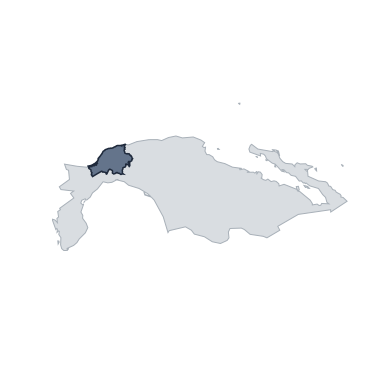 where Oaxaca sits in Mexico, rotated 146°
{"feature_id": "MEX-2723", "entity_name": "Oaxaca", "entity_type": "State", "adm_level": 1, "iso_a3": "MEX", "parent_name": "Mexico", "parent_adm1": "", "projection": "orthographic", "projection_center": [-96.38, 17.163], "detail": "fine", "context": "in_parent", "style": "filled", "palette": "slate", "viewbox_px": 384, "rotation_deg": 146, "n_neighbors": 0, "source": "natural_earth", "source_scale": "10m", "svg_char_len": 8743}
<svg xmlns="http://www.w3.org/2000/svg" viewBox="0 0 384 384"><g transform="rotate(146 192 192)"><path d="M68.6,97.6L88.2,97.8L87.0,99.8L116.4,114.0L140.1,115.6L140.6,111.2L155.5,112.1L157.7,115.4L167.5,124.4L169.6,131.7L171.3,134.5L180.9,140.5L184.2,138.5L187.0,133.3L190.0,132.2L197.2,133.4L203.0,139.4L206.7,147.9L213.6,155.8L213.9,160.7L216.9,166.8L232.5,172.7L234.6,171.8L229.7,187.5L227.9,206.4L228.6,210.5L232.8,215.9L231.9,218.9L232.1,215.9L228.7,211.3L229.7,215.5L233.9,224.5L240.8,233.1L242.4,238.4L247.3,243.8L246.0,243.7L248.8,245.0L247.9,244.2L253.0,244.8L256.7,246.7L260.0,250.2L268.7,247.4L275.0,246.9L279.2,244.7L283.7,244.2L284.6,245.0L284.3,246.1L288.0,246.8L290.4,245.0L289.7,242.2L288.5,242.9L288.8,242.4L295.3,237.5L295.6,233.7L297.4,231.4L297.2,225.3L298.3,220.7L303.2,217.8L311.9,216.1L315.7,214.4L320.0,213.9L327.1,215.1L327.6,214.1L325.7,214.1L328.1,213.3L331.0,215.2L331.7,217.9L330.5,221.6L326.2,227.5L326.2,231.2L324.0,233.6L324.4,234.4L326.5,234.0L324.4,236.4L324.5,237.4L325.9,237.0L323.5,246.5L322.8,247.4L321.2,245.3L320.7,241.8L318.8,245.6L316.6,245.9L314.2,250.9L311.0,250.9L310.8,252.5L293.3,253.1L293.5,258.8L289.5,258.9L299.3,267.3L299.1,270.5L286.6,270.9L282.2,279.0L283.5,281.0L282.1,286.4L272.8,277.5L265.5,271.5L261.0,269.2L260.5,269.8L264.7,271.8L258.2,270.0L258.7,268.6L257.0,269.2L255.9,267.9L254.7,269.3L256.9,270.0L253.6,270.3L250.5,272.4L240.3,275.7L233.7,273.1L228.2,272.4L224.5,270.0L220.8,269.0L218.5,266.6L209.5,264.6L198.5,259.5L191.4,254.8L188.4,251.6L181.0,250.3L174.0,247.4L169.7,242.2L160.2,236.9L155.5,230.0L153.9,225.8L157.9,224.0L157.3,222.2L155.7,221.6L158.4,218.6L158.9,214.8L156.9,213.4L155.1,209.6L155.3,206.2L154.2,203.1L148.9,197.2L144.6,190.0L137.5,183.7L139.6,184.9L139.8,183.6L136.0,182.1L133.4,177.3L135.5,177.6L130.0,174.1L129.3,172.5L127.1,172.9L126.8,172.2L128.6,170.5L125.7,171.7L124.2,170.2L124.1,167.2L126.4,164.6L127.1,165.2L125.9,162.3L124.3,160.4L121.9,160.3L120.6,156.4L117.8,155.4L116.3,153.7L115.4,150.3L116.4,148.3L111.4,146.9L103.8,135.8L103.7,133.3L102.5,132.4L98.6,119.2L98.7,115.2L99.5,114.0L95.0,112.0L94.2,109.8L92.7,109.0L90.9,110.0L85.1,105.6L85.9,108.1L84.3,112.8L85.1,116.8L85.2,124.2L90.9,131.2L92.4,135.7L93.4,135.6L93.7,137.0L94.7,137.2L95.2,140.1L97.0,141.1L97.4,147.1L100.5,150.4L101.2,153.9L102.7,155.1L103.4,159.1L104.7,160.2L104.3,157.2L106.0,159.1L107.4,168.4L109.4,171.2L111.7,178.0L111.0,180.7L111.4,183.2L113.8,185.8L115.0,183.5L121.7,192.7L120.8,195.8L117.6,198.0L115.9,198.2L113.4,190.8L102.6,180.4L101.5,180.4L99.4,177.3L99.2,175.2L100.3,170.8L99.8,166.5L98.4,163.4L93.3,159.2L92.6,155.5L91.4,157.0L88.5,157.4L86.7,154.8L81.9,151.8L81.4,149.6L78.0,146.2L77.8,145.2L81.6,146.1L84.1,145.5L83.9,146.4L85.7,147.6L85.3,145.1L84.4,144.9L87.0,140.2L80.9,130.4L75.5,125.8L74.7,123.7L75.2,120.4L73.9,119.1L74.0,115.3L72.4,113.4L72.5,111.2L70.5,107.4L70.4,105.7L71.4,104.6L69.8,103.0L68.6,97.6ZM103.5,135.9L102.5,138.2L100.6,137.2L101.9,133.8L103.1,133.5L103.5,135.9ZM95.5,134.8L93.0,132.0L92.6,129.3L93.9,130.3L94.0,131.8L95.4,132.3L95.5,134.8ZM330.6,226.5L329.8,225.8L330.2,224.7L332.1,223.7L330.6,226.5ZM99.2,180.2L97.4,177.6L99.2,172.8L98.4,177.2L99.2,180.2ZM77.0,142.8L75.5,142.3L76.9,139.8L77.3,141.8L77.0,142.8ZM52.9,131.4L51.9,129.6L52.3,128.9L52.7,129.0L52.9,131.4ZM101.0,180.4L102.1,182.5L99.6,180.4L101.0,180.4ZM146.9,213.0L146.6,213.8L145.9,213.5L145.7,212.1L146.9,213.0ZM112.7,176.3L113.1,177.8L111.8,175.8L112.7,176.3ZM108.6,165.9L109.3,166.7L108.0,168.0L108.6,165.9ZM103.9,239.3L103.4,239.4L102.6,238.8L103.4,238.0L103.9,239.3ZM286.7,244.2L285.2,244.6L287.8,243.7L286.7,244.2ZM119.0,185.4L118.3,185.2L118.3,183.7L119.0,185.4Z" fill="#d9dde1" stroke="#a8b0b8" stroke-width="1"/><path d="M263.6,271.5L261.3,270.6L260.8,270.3L260.4,270.2L259.0,270.2L258.8,270.1L258.6,270.0L258.4,270.1L258.2,270.1L257.9,270.1L257.6,270.1L257.6,269.9L258.6,269.5L258.9,269.2L259.0,268.8L258.9,268.7L258.5,268.6L258.3,268.4L258.2,268.4L258.0,268.6L257.8,268.7L257.6,268.9L257.2,269.1L257.1,269.4L257.0,269.5L256.8,269.3L256.8,269.2L257.1,268.9L257.0,268.6L256.9,268.5L256.8,268.1L256.7,268.0L256.5,267.8L256.4,267.8L256.1,267.8L255.9,267.9L255.7,268.1L255.3,268.7L255.2,268.8L254.6,268.8L254.7,269.0L254.4,269.1L254.3,269.3L254.5,269.5L255.0,269.6L255.3,269.6L255.9,269.6L256.2,269.5L256.3,269.4L256.5,269.2L256.6,269.4L256.3,269.5L255.9,269.6L255.6,269.6L256.0,269.7L256.8,269.7L257.1,269.8L257.3,270.0L257.2,270.1L256.7,269.9L256.0,270.0L254.3,270.3L254.0,270.3L253.8,270.2L253.5,270.2L253.4,270.3L253.5,270.4L253.4,270.5L253.1,270.4L253.0,270.5L252.7,270.5L252.5,270.8L252.3,270.8L252.2,270.9L252.2,271.0L251.7,271.2L251.5,271.3L251.3,271.7L251.3,271.9L251.2,271.9L251.1,272.0L250.8,272.1L250.8,272.3L250.7,272.4L250.2,272.4L250.1,272.5L249.4,272.6L249.0,272.7L249.0,272.9L248.5,273.0L248.1,273.1L247.6,273.2L247.4,273.3L247.0,273.5L246.4,273.7L245.6,273.9L245.6,274.0L245.2,274.1L245.0,274.3L244.7,274.3L244.5,274.5L244.4,274.5L244.2,274.6L244.0,274.8L243.3,275.2L243.0,275.4L242.5,275.3L241.7,275.4L241.1,275.2L240.9,275.4L240.7,275.5L240.3,275.6L239.9,275.5L239.3,275.4L238.6,275.1L237.4,274.9L237.0,274.9L236.2,274.3L235.3,274.1L235.0,273.9L234.9,273.6L234.5,273.5L234.0,273.1L233.5,273.0L232.9,272.8L232.2,272.7L232.0,272.8L231.1,272.7L230.4,272.4L230.1,272.5L229.5,272.4L229.1,272.4L228.9,272.5L228.0,272.3L227.8,272.2L227.7,272.1L227.4,272.0L226.4,271.2L226.0,271.0L225.0,270.4L224.7,270.3L224.3,270.2L224.2,270.0L224.7,270.1L225.0,270.2L224.8,269.9L224.6,270.0L224.4,269.9L224.2,269.8L224.2,269.7L224.1,269.8L223.9,269.8L223.7,269.8L222.8,269.5L221.5,269.2L220.7,268.9L220.6,268.6L220.8,268.5L221.0,268.4L221.3,268.4L222.0,268.3L222.3,268.2L222.5,267.9L222.7,267.6L222.8,267.3L222.5,266.8L222.5,266.5L222.6,266.3L222.9,266.2L223.4,266.3L223.6,266.2L223.7,265.8L223.7,265.5L223.6,265.0L223.8,264.9L224.2,265.0L224.3,265.0L224.8,264.7L225.0,264.4L225.2,264.2L225.3,263.3L225.3,263.0L225.7,262.4L225.8,262.1L225.9,261.8L225.8,261.6L225.5,261.1L224.9,260.3L224.5,259.8L224.4,259.8L223.9,259.8L223.7,259.7L223.4,259.2L222.9,258.9L222.8,258.7L222.7,258.6L222.8,258.3L222.8,258.1L222.9,257.9L222.7,257.7L222.8,257.4L222.8,257.1L222.7,257.0L222.3,256.6L222.3,256.3L222.3,256.2L222.5,256.0L222.2,255.7L222.3,254.8L222.5,254.1L222.8,253.3L222.8,253.1L222.6,252.9L223.0,252.6L223.3,252.8L223.6,252.7L223.9,252.5L224.1,252.1L224.2,251.8L224.3,251.7L224.6,251.6L225.9,251.7L226.7,251.5L226.8,251.6L227.0,252.2L227.0,252.5L227.4,252.7L227.8,252.6L228.4,252.0L228.6,251.9L228.5,251.5L228.4,251.3L228.2,251.1L227.9,250.8L227.8,250.7L227.7,250.5L227.8,250.3L228.0,250.0L228.7,248.8L228.8,248.7L228.9,248.8L229.2,248.7L229.5,248.4L229.8,248.3L229.8,248.7L229.5,249.4L229.4,249.9L229.5,250.2L229.6,250.3L230.0,250.6L230.4,250.8L230.4,251.0L230.5,251.4L230.9,252.0L231.0,252.1L231.4,252.1L231.5,252.0L231.6,251.9L231.9,251.2L232.2,250.8L232.6,250.5L233.2,250.2L233.6,250.1L233.8,250.1L234.5,250.5L235.4,250.7L235.7,250.7L235.9,250.5L236.1,250.2L236.3,249.9L236.6,249.6L237.3,249.3L237.6,249.1L237.7,248.9L237.9,248.5L238.1,248.2L238.2,247.8L238.8,247.1L239.0,246.8L239.1,246.5L239.1,246.2L238.9,245.5L238.8,245.2L239.5,245.8L239.8,246.0L240.2,246.1L240.9,246.2L241.1,246.3L241.3,246.5L241.6,247.6L241.8,248.0L242.0,248.4L242.5,248.6L242.7,248.9L242.8,249.1L243.0,249.9L243.3,250.1L243.5,250.0L243.6,250.3L243.9,250.5L244.0,250.5L244.3,250.3L244.4,250.2L244.5,250.2L244.9,250.3L245.3,250.3L245.5,250.3L246.0,250.5L246.5,250.6L246.8,250.7L246.9,251.0L247.2,251.7L247.4,252.0L247.2,252.5L246.9,252.9L246.2,253.7L246.1,254.1L246.1,254.4L246.2,254.7L247.2,256.6L247.3,256.8L247.8,257.0L248.1,256.9L248.5,256.7L249.0,256.8L249.2,256.7L249.4,256.6L249.5,256.4L250.0,256.1L250.5,255.7L250.9,255.6L251.3,255.5L251.4,255.4L251.7,255.3L251.9,255.2L252.0,255.1L252.1,254.8L252.5,254.9L252.5,254.7L252.8,254.6L253.0,254.8L252.9,255.5L252.5,255.7L252.5,255.8L252.4,256.1L253.3,257.2L253.9,257.7L254.1,258.1L254.6,258.2L254.9,258.4L255.0,258.5L255.1,258.8L255.0,259.0L255.1,259.6L255.5,259.8L256.1,259.9L257.3,259.9L259.7,260.1L265.8,260.4L265.8,260.6L265.8,260.9L265.8,261.8L265.6,261.7L265.5,261.9L265.4,262.2L265.5,263.0L265.4,263.1L264.9,263.5L264.3,263.8L264.2,263.9L264.1,264.1L264.3,264.9L264.3,265.1L264.2,265.5L263.6,266.5L263.4,266.9L263.5,267.3L263.6,267.5L264.1,268.6L264.3,269.0L264.3,269.3L264.2,269.6L264.1,270.0L263.8,270.5L263.7,270.4L263.5,270.2L263.4,269.8L263.3,269.7L262.9,269.9L262.5,270.0L262.1,269.9L261.7,269.6L261.3,269.4L261.1,269.2L260.8,269.0L260.6,269.1L260.6,269.3L260.6,269.6L260.4,269.6L260.6,269.7L260.6,269.8L260.4,269.8L261.3,270.4L261.8,270.6L262.1,270.5L261.3,270.3L261.3,270.2L261.6,270.2L262.0,270.4L262.4,270.4L262.5,270.4L263.0,270.7L262.9,270.8L263.6,271.0L263.6,271.5Z" fill="#64748b" stroke="#1e293b" stroke-width="1.5"/></g></svg>